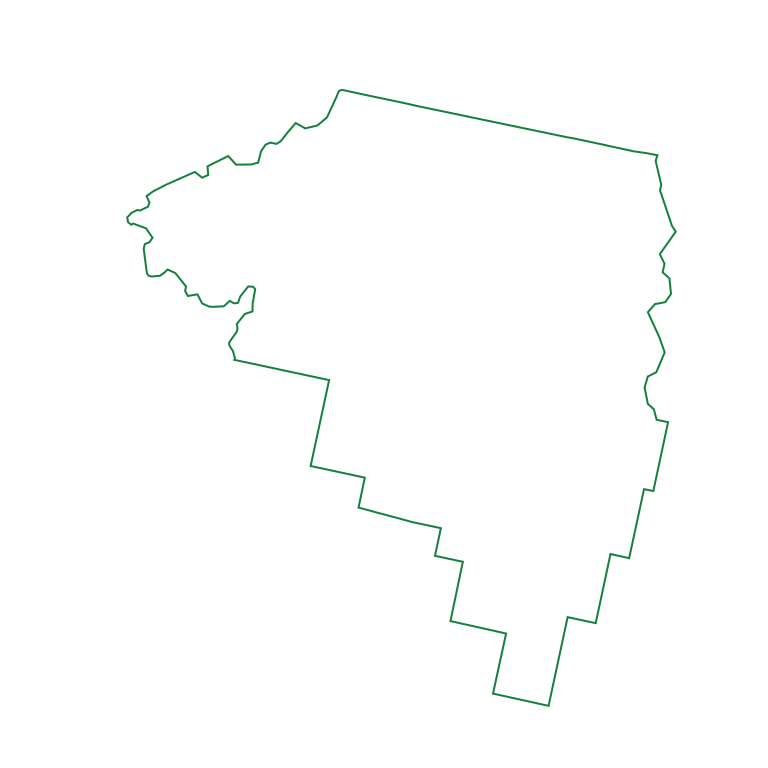 Fremont, Idaho, United States of America, rotated 282°
{"feature_id": "52423323B19841424065600", "entity_name": "Fremont", "entity_type": "district", "adm_level": 2, "iso_a3": "USA", "parent_name": "United States of America", "parent_adm1": "Idaho", "projection": "equal_earth", "projection_center": [-111.419, 44.319], "detail": "fine", "context": "isolated", "style": "outline", "palette": "green", "viewbox_px": 768, "rotation_deg": 282, "n_neighbors": 0, "source": "geoboundaries", "source_scale": "gbopen_adm2", "svg_char_len": 1676}
<svg xmlns="http://www.w3.org/2000/svg" viewBox="0 0 768 768"><g transform="rotate(282 384 384)"><path d="M376.5,232.6L376.4,329.5L288.5,329.3L288.4,384.7L257.8,384.8L254.8,440.9L254.8,469.6L226.5,469.6L226.5,498.1L165.9,498.3L165.3,555.3L103.8,555.0L103.4,611.9L194.1,612.1L194.1,640.8L264.8,640.9L264.6,660.0L335.2,660.2L335.3,669.7L405.7,669.8L405.7,658.1L415.4,653.2L419.4,646.2L434.8,639.6L446.2,640.5L452.1,647.9L473.3,652.0L486.7,643.8L509.1,627.2L518.5,632.4L522.5,642.1L531.8,646.0L546.7,641.2L551.2,633.3L559.9,633.4L568.4,626.8L593.7,637.7L598.7,632.7L630.9,613.7L636.4,613.8L658.8,603.3L664.6,603.9L664.4,593.1L663.5,579.8L663.6,553.3L663.6,553.0L663.7,551.6L663.7,517.5L663.4,510.9L662.8,360.7L663.0,346.8L662.9,306.9L662.9,305.4L663.0,281.8L661.2,279.0L653.4,277.5L632.9,272.8L622.9,265.0L617.7,253.8L620.9,243.4L609.4,237.1L600.0,232.5L596.5,228.9L596.5,222.7L593.5,218.4L586.1,215.4L574.4,214.9L571.1,208.4L567.8,193.7L574.6,184.2L560.2,166.1L551.9,168.6L548.0,163.2L552.1,154.9L533.5,129.2L524.5,118.2L518.4,112.7L512.6,116.9L508.3,116.2L502.8,109.1L503.0,106.6L498.8,101.3L497.5,100.6L493.6,98.2L489.2,99.9L487.2,103.7L488.8,105.1L486.8,118.9L478.9,127.2L473.9,125.0L471.2,121.0L466.5,120.8L445.1,128.3L442.8,129.2L441.1,131.0L440.7,134.0L443.3,142.3L446.8,145.7L451.0,148.5L449.2,156.7L438.2,170.1L433.7,170.1L429.3,173.8L432.9,182.9L425.0,189.4L423.4,196.7L423.8,200.2L426.7,211.1L433.3,215.9L431.7,220.4L433.0,224.3L439.7,225.2L451.2,230.9L451.9,235.8L450.0,238.3L435.3,238.8L427.6,240.3L423.6,233.3L412.2,227.6L407.2,229.3L404.0,228.9L392.5,223.9L389.5,224.7L384.7,229.5L378.0,232.9L376.5,232.6Z" fill="none" stroke="#15803d" stroke-width="2"/></g></svg>